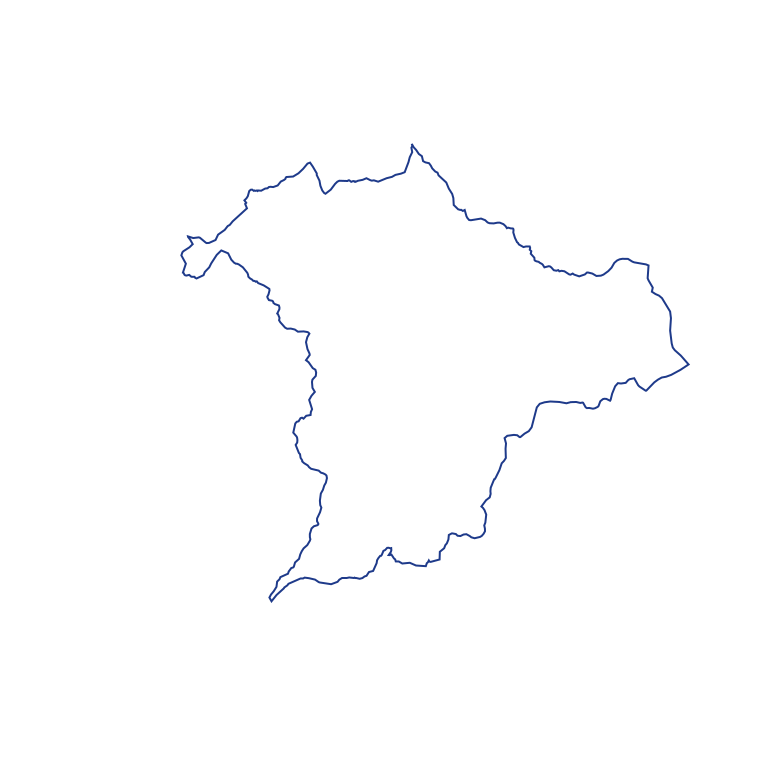 Biertan, Sibiu, Romania (Natural Earth projection), rotated 303°
{"feature_id": "2599482B62458739766524", "entity_name": "Biertan", "entity_type": "district", "adm_level": 2, "iso_a3": "ROU", "parent_name": "Romania", "parent_adm1": "Sibiu", "projection": "natural_earth1", "projection_center": [24.526, 46.113], "detail": "fine", "context": "isolated", "style": "outline", "palette": "blue", "viewbox_px": 768, "rotation_deg": 303, "n_neighbors": 0, "source": "geoboundaries", "source_scale": "gbopen_adm2", "svg_char_len": 6166}
<svg xmlns="http://www.w3.org/2000/svg" viewBox="0 0 768 768"><g transform="rotate(303 384 384)"><path d="M600.6,584.5L607.4,570.4L607.9,566.5L607.3,562.7L607.3,558.4L611.2,556.9L615.0,549.4L616.3,547.5L627.5,541.3L627.0,538.6L622.3,527.6L621.9,525.7L621.8,520.5L618.8,515.7L616.9,513.7L614.5,512.2L611.0,511.2L605.5,511.5L600.8,510.6L595.3,508.5L593.0,506.9L590.3,503.3L590.1,498.6L588.7,494.6L588.0,493.5L585.3,492.8L580.6,489.1L579.3,483.9L579.4,482.1L577.3,480.9L576.8,479.7L576.8,473.9L575.6,471.2L574.0,469.7L574.4,468.1L572.9,466.9L571.9,464.4L572.9,460.8L573.0,459.1L572.5,458.0L569.2,455.0L570.5,452.2L570.7,451.0L570.5,448.5L570.7,447.2L569.9,445.0L569.7,443.5L569.9,442.8L571.8,441.3L573.2,436.1L575.6,435.2L576.0,433.1L577.7,432.5L578.7,431.3L576.8,428.3L574.8,426.4L574.5,421.1L575.3,419.5L575.4,418.3L577.9,414.2L581.5,409.9L583.8,408.7L584.6,407.8L584.6,407.3L583.6,405.7L582.7,402.9L581.6,402.2L582.6,400.0L583.1,397.1L582.4,393.3L581.0,391.2L578.4,388.5L576.3,384.9L575.9,382.9L576.5,379.6L575.6,375.3L568.7,367.7L567.9,366.1L568.7,363.4L569.6,361.8L573.9,356.9L572.1,355.9L572.1,353.8L571.5,353.1L570.9,351.0L572.1,345.0L577.7,340.9L580.5,337.7L583.2,331.9L586.9,326.5L588.7,316.1L590.4,313.8L590.1,311.3L591.1,307.0L592.6,304.4L593.7,301.5L592.4,298.0L592.2,295.4L595.7,291.7L595.9,287.9L597.8,283.5L598.7,280.0L600.5,276.5L599.1,278.1L597.1,278.3L593.8,281.4L588.2,282.1L583.4,283.7L572.9,286.0L569.7,283.7L565.6,279.7L562.1,277.9L558.0,274.1L550.5,268.9L549.3,264.6L547.9,263.0L547.5,261.6L547.0,257.2L543.6,254.9L540.2,251.4L538.0,250.0L537.7,249.4L538.1,249.2L537.4,247.6L535.7,246.4L535.9,244.0L535.4,243.2L534.4,242.9L530.1,235.8L528.3,234.7L525.3,234.0L518.0,233.5L511.7,231.3L511.6,229.8L512.7,226.8L515.6,222.7L519.4,219.1L522.6,213.8L524.0,212.9L527.5,206.0L529.4,201.4L527.2,199.8L520.4,199.0L514.1,197.5L508.5,194.8L504.5,189.5L503.7,189.2L502.3,189.6L500.6,189.0L497.6,187.2L492.6,186.7L488.8,183.8L487.6,181.4L486.5,180.2L484.7,179.7L483.2,177.9L479.2,175.7L477.8,173.1L477.0,172.9L477.1,172.0L476.1,171.2L475.8,170.0L475.1,169.7L475.2,167.5L474.3,166.4L472.4,165.9L467.3,167.5L464.7,167.5L462.0,166.9L460.9,169.8L459.4,169.5L456.7,173.4L438.0,168.5L433.4,168.0L431.3,166.9L426.5,166.5L418.9,163.5L413.0,164.3L407.0,160.4L405.6,158.5L405.5,157.5L406.4,150.0L406.1,148.8L402.5,144.5L401.0,139.2L400.6,139.6L399.5,142.8L397.1,147.4L392.7,146.4L386.0,143.4L384.6,143.2L381.5,144.0L377.0,152.3L367.9,154.7L368.0,155.3L366.9,157.3L366.9,158.1L367.3,159.2L369.4,161.2L369.0,164.0L370.7,166.7L370.2,167.9L370.4,169.3L377.0,173.4L380.3,172.7L386.7,173.9L391.0,173.4L401.2,173.4L407.4,174.8L408.7,182.1L405.1,188.2L404.1,192.2L404.2,194.3L404.8,195.1L405.2,197.0L405.0,202.1L402.8,208.8L401.7,210.4L400.1,211.8L399.6,214.1L399.7,216.4L399.3,218.2L400.0,219.4L399.9,220.7L400.8,221.4L400.1,223.5L401.2,229.4L401.3,236.0L400.2,237.0L396.3,238.3L393.6,238.6L392.9,239.4L391.7,241.8L392.9,244.8L392.8,246.0L391.8,247.1L391.6,249.0L392.6,253.1L391.3,254.6L389.8,255.5L384.9,256.1L384.8,257.1L382.5,260.4L380.3,261.3L379.3,263.4L377.4,270.4L377.6,272.7L379.7,275.6L381.1,279.5L381.0,283.3L384.3,287.9L385.8,291.3L386.0,292.5L385.6,294.0L381.5,294.2L376.6,295.8L371.6,300.8L369.0,304.9L367.9,305.9L361.5,305.6L361.2,308.9L358.5,315.6L358.6,318.7L356.6,320.9L353.6,322.4L348.7,321.6L346.5,322.5L341.8,326.1L339.7,330.3L334.7,329.6L329.9,329.9L323.7,337.4L320.7,337.9L318.0,339.3L315.0,336.1L311.1,335.4L311.1,333.6L309.9,332.6L306.2,332.7L304.8,331.4L302.6,331.1L293.8,334.4L292.3,339.4L291.5,340.5L289.7,342.0L287.6,343.1L284.8,343.1L279.8,350.2L279.4,351.8L276.7,354.2L275.4,357.0L274.5,357.6L274.1,360.1L274.2,364.4L273.4,366.6L273.2,369.1L275.8,376.4L275.3,379.4L276.0,381.8L276.2,384.2L275.9,385.6L274.0,387.4L269.6,389.0L266.3,389.2L262.0,390.4L257.7,390.7L251.2,393.8L247.7,396.5L246.2,398.8L241.6,400.2L234.8,401.1L232.5,402.5L231.1,405.0L230.6,405.3L229.5,405.2L226.5,402.7L223.4,401.9L217.8,403.5L215.1,405.3L213.7,406.8L212.1,407.2L207.1,407.4L202.4,406.1L199.0,406.1L195.4,406.6L191.1,408.0L185.9,406.6L181.6,407.9L180.6,407.7L179.2,406.5L174.9,406.2L172.6,406.8L165.6,402.3L163.3,402.7L160.1,402.0L155.3,404.3L150.2,404.4L145.9,403.9L142.5,404.2L140.5,408.0L148.6,408.8L158.1,411.3L159.0,411.2L162.5,412.6L164.4,412.7L175.4,419.9L176.9,422.1L178.4,422.9L180.3,426.9L182.4,432.7L182.3,437.2L182.6,438.3L187.3,448.7L192.8,452.8L195.6,453.1L198.5,454.5L201.1,458.5L202.8,460.2L204.9,464.4L205.6,464.8L205.6,465.6L206.1,466.2L207.4,469.7L209.5,471.6L212.0,472.5L213.6,473.8L218.1,473.8L221.3,476.7L229.7,475.4L232.4,474.2L234.9,474.1L237.8,474.4L238.3,475.1L239.5,475.2L243.8,474.4L245.4,475.4L248.3,475.9L249.2,477.1L249.6,478.7L250.3,479.4L248.6,480.7L246.8,481.2L243.1,481.1L243.6,482.0L245.0,483.1L243.1,487.5L243.0,488.9L241.6,490.5L243.2,493.0L243.4,497.1L248.1,503.0L249.2,509.7L254.0,518.3L257.0,517.5L258.4,517.9L260.4,517.7L259.8,518.8L260.2,520.0L267.1,526.2L273.7,522.2L279.0,523.9L282.2,523.2L284.6,523.5L288.7,522.7L292.7,520.6L295.6,522.2L296.0,522.8L297.3,526.0L296.8,528.3L298.1,530.9L301.1,532.7L302.9,534.9L303.2,538.7L303.0,540.7L304.0,544.0L308.0,547.8L309.8,548.7L312.6,549.1L315.5,548.9L317.7,547.4L320.0,545.1L322.9,544.5L330.1,540.9L332.9,537.1L334.0,534.5L334.3,532.4L342.2,532.9L346.5,534.4L349.9,533.3L352.1,531.6L355.1,530.0L361.3,528.8L364.1,528.3L364.4,528.7L366.2,528.7L374.6,527.7L381.6,525.9L384.8,526.5L388.3,526.5L395.9,521.2L400.6,518.7L404.3,514.6L407.7,515.6L412.1,520.7L413.6,523.7L413.3,526.6L413.8,527.3L418.9,528.9L423.3,531.1L428.1,531.4L447.6,524.9L452.2,525.4L456.1,528.6L459.9,533.0L464.4,540.8L467.2,547.5L470.5,550.5L473.6,555.0L475.0,558.9L476.5,560.5L476.7,561.2L474.3,565.8L474.3,567.3L475.7,569.2L477.1,572.7L478.5,574.1L481.2,575.7L482.5,575.9L487.3,574.8L490.5,575.8L491.6,576.8L492.6,578.6L493.1,582.7L494.1,582.7L500.2,580.6L508.0,579.1L512.1,579.7L513.5,582.5L516.6,586.1L520.4,586.7L521.8,587.4L525.1,590.7L521.4,597.8L521.0,599.5L520.9,607.1L521.3,607.6L532.6,609.8L536.9,611.4L540.7,613.4L543.7,616.6L548.1,619.9L557.5,625.0L566.3,628.8L569.5,617.4L570.7,609.5L571.9,606.3L574.7,603.2L584.6,594.9L595.5,588.8L600.6,584.5Z" fill="none" stroke="#1e3a8a" stroke-width="2"/></g></svg>